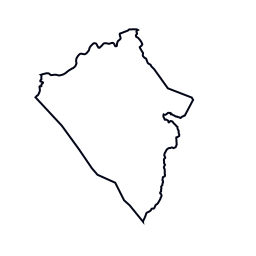 Oropoli, El Paraíso, Honduras (Mercator projection), rotated 245°
{"feature_id": "27666195B15040698792339", "entity_name": "Oropoli", "entity_type": "district", "adm_level": 2, "iso_a3": "HND", "parent_name": "Honduras", "parent_adm1": "El Paraíso", "projection": "mercator", "projection_center": [-86.83, 13.815], "detail": "fine", "context": "isolated", "style": "outline", "palette": "ink", "viewbox_px": 256, "rotation_deg": 245, "n_neighbors": 0, "source": "geoboundaries", "source_scale": "gbopen_adm2", "svg_char_len": 5775}
<svg xmlns="http://www.w3.org/2000/svg" viewBox="0 0 256 256"><g transform="rotate(245 128 128)"><path d="M129.2,74.6L106.5,78.3L98.5,80.6L83.8,93.3L64.1,93.9L57.3,96.8L36.8,102.0L37.1,102.1L38.2,103.5L39.4,105.0L41.3,107.0L42.9,108.5L43.2,108.9L43.3,109.2L43.3,109.4L43.3,110.8L43.3,111.4L43.4,112.3L43.5,113.2L43.7,113.7L44.5,114.8L44.7,115.2L44.8,115.5L44.7,116.0L44.4,116.5L44.2,116.8L44.2,117.3L44.2,117.6L44.4,118.1L44.9,118.7L45.7,119.5L46.2,120.1L46.5,120.7L46.7,121.3L46.8,121.8L46.8,122.4L47.2,123.3L47.7,124.1L50.0,127.3L50.4,127.7L50.7,127.8L50.8,127.9L51.7,129.1L52.1,129.5L52.4,129.7L52.7,129.9L53.3,130.0L53.9,130.0L54.3,130.0L54.8,129.7L55.2,129.6L55.5,129.6L56.0,130.0L56.4,130.8L56.6,131.2L56.9,131.4L57.0,131.5L58.1,131.8L58.9,132.6L59.1,132.8L60.0,132.9L60.3,133.0L60.6,133.2L60.9,133.4L61.1,133.7L61.7,134.9L62.1,135.2L62.5,135.4L62.9,135.7L63.2,135.9L63.4,136.0L63.5,136.3L63.9,136.7L64.6,137.1L65.1,137.2L65.6,137.3L65.9,137.1L66.2,137.2L67.0,137.7L68.0,138.4L68.4,138.6L68.6,138.8L68.7,139.0L68.7,140.0L68.7,140.8L68.9,141.1L69.2,141.4L69.6,141.5L70.1,141.8L71.2,142.0L71.8,142.4L72.8,142.8L74.8,143.7L75.3,143.8L76.4,143.7L77.0,143.8L77.3,144.0L78.1,144.8L79.0,146.0L80.0,145.9L81.2,145.9L81.4,146.0L81.9,146.3L82.6,146.6L83.6,146.9L84.2,147.2L84.6,147.6L84.8,147.9L85.0,148.4L85.1,149.0L85.4,149.2L85.8,149.3L87.3,149.3L87.8,149.3L88.4,149.6L89.3,150.3L89.8,150.8L90.6,152.1L91.1,152.6L91.8,153.6L92.2,154.4L92.3,154.8L92.4,155.2L92.5,156.8L92.4,156.9L92.2,157.3L92.0,158.0L91.9,159.4L91.7,159.7L90.8,160.5L90.5,160.8L90.5,161.3L90.5,163.1L91.0,163.6L91.6,164.3L92.5,165.2L92.8,165.2L93.3,165.5L98.5,167.5L99.0,167.7L99.1,167.8L99.1,168.0L98.9,168.9L98.9,169.2L99.0,169.7L99.1,170.9L99.2,171.1L99.4,171.2L100.3,171.6L101.5,171.8L102.3,171.9L103.3,172.3L103.9,172.7L104.4,172.7L105.6,172.6L106.0,172.6L106.6,172.7L107.3,172.9L107.8,173.1L108.1,173.3L109.5,172.6L110.2,172.5L111.1,172.2L113.0,171.4L114.8,171.1L115.4,170.7L115.8,170.4L116.0,170.1L116.2,169.8L116.3,169.5L116.2,168.9L116.0,168.2L115.8,167.7L115.9,167.3L116.0,167.2L116.3,167.2L116.6,167.3L117.1,167.5L117.5,167.5L118.5,166.9L119.5,166.2L119.7,165.7L119.8,165.1L119.9,164.9L120.1,164.8L120.3,164.8L120.8,164.9L121.4,165.0L122.7,164.8L123.2,164.9L124.0,165.1L125.1,165.9L125.2,166.0L124.8,166.3L124.4,167.0L124.2,167.4L124.2,167.8L124.2,168.3L124.4,169.1L124.5,169.7L124.8,170.5L124.8,170.9L124.7,171.1L124.0,172.0L123.9,172.2L123.8,172.7L123.7,172.9L122.8,172.6L122.5,172.6L122.3,172.6L122.2,172.9L122.2,173.2L122.1,173.5L121.9,173.6L120.9,174.1L119.6,175.3L119.1,175.6L118.7,175.8L118.1,176.3L117.9,176.8L117.6,177.0L117.6,177.3L117.1,177.7L116.6,178.1L116.3,178.6L115.9,179.0L115.1,179.6L114.9,179.8L114.9,180.0L115.0,180.5L115.3,181.1L115.4,181.6L115.4,181.9L115.3,182.4L115.4,183.0L115.3,183.4L115.3,183.7L115.3,184.1L115.5,184.4L115.3,184.8L126.0,198.9L128.7,198.6L147.1,180.9L170.6,176.5L171.0,176.3L172.6,175.7L174.2,175.2L174.4,175.2L175.0,175.2L175.7,175.2L175.9,175.1L176.5,174.6L177.6,173.9L178.0,173.6L178.4,173.5L178.8,173.4L179.3,173.4L181.1,173.6L182.4,173.6L182.9,173.7L183.2,173.7L183.8,173.4L184.2,172.9L184.7,172.7L185.9,172.2L186.4,172.1L186.9,172.0L187.4,172.1L187.8,172.2L188.3,172.5L189.2,173.1L189.6,173.3L190.2,173.3L191.3,173.0L192.2,173.0L195.2,172.7L195.8,172.7L196.2,172.8L196.4,172.9L196.4,173.1L196.8,174.6L197.1,175.3L197.6,176.2L197.8,176.3L198.0,176.4L200.4,176.4L201.7,176.2L202.5,176.1L203.9,175.7L205.5,175.2L206.2,174.8L206.7,174.3L207.0,174.1L207.4,174.0L208.0,174.1L208.4,174.2L208.9,174.6L209.2,175.2L209.3,175.7L209.6,176.0L210.1,176.2L210.8,176.2L211.1,176.2L212.0,176.5L212.3,177.0L212.5,177.2L212.5,177.5L212.6,178.4L212.9,178.2L213.5,177.8L213.7,177.6L214.0,177.1L214.8,175.4L215.3,174.5L216.0,172.5L216.6,171.3L216.8,170.8L216.8,170.4L216.6,169.9L216.4,169.5L216.4,169.0L216.4,168.6L216.4,167.7L216.6,165.8L216.8,162.1L217.0,161.1L217.0,160.6L216.9,160.4L216.6,160.2L215.6,159.8L212.6,159.3L212.3,159.2L212.0,158.8L211.7,158.2L210.9,155.4L209.1,153.7L207.2,152.6L207.1,152.3L207.1,151.9L207.1,151.7L207.3,151.4L207.5,151.1L208.0,150.9L209.5,151.0L210.1,151.0L211.0,150.6L211.4,150.4L211.5,150.2L211.8,149.7L212.0,148.7L212.2,147.5L212.2,146.8L212.3,146.5L212.5,146.1L213.9,144.2L214.3,143.6L214.6,142.8L214.8,142.1L214.8,141.9L214.8,141.6L214.4,140.5L213.9,139.5L213.3,138.0L213.2,137.4L213.2,137.0L212.9,136.6L212.8,136.3L212.8,136.0L213.0,135.7L213.1,135.4L213.4,135.2L213.8,135.1L214.9,135.0L217.4,134.9L218.0,134.7L218.3,134.5L218.9,133.6L219.2,133.1L219.2,132.6L219.1,131.8L218.7,130.7L218.0,128.9L217.5,127.9L217.1,127.3L215.4,125.8L214.8,125.2L214.5,124.6L214.1,123.8L213.4,122.2L213.2,121.5L213.1,121.1L213.1,120.6L213.1,120.3L213.2,119.9L213.7,119.0L215.2,116.9L215.3,116.5L215.4,115.8L215.2,115.0L215.0,114.3L214.6,113.4L213.2,111.1L212.8,110.7L211.9,110.0L210.5,109.2L209.3,108.9L208.1,108.5L207.6,107.8L206.7,106.9L206.3,106.3L206.1,105.7L205.8,104.9L205.5,103.6L205.5,103.0L205.5,102.1L205.1,98.4L204.6,96.3L204.1,94.4L204.0,93.2L203.9,92.0L204.0,91.3L204.3,89.6L204.5,88.5L204.7,87.8L205.0,87.3L206.3,85.8L206.6,85.3L206.9,84.9L207.3,84.0L208.1,81.5L208.5,80.7L208.6,80.4L208.9,80.2L210.1,79.7L210.6,79.5L210.9,79.2L211.2,78.9L211.4,78.5L212.0,77.4L212.2,76.7L212.4,75.4L212.8,73.5L213.0,71.5L212.5,71.8L212.2,71.8L209.9,70.5L209.4,70.4L209.0,70.3L208.9,70.1L208.6,69.9L208.4,69.2L208.2,68.8L207.9,68.5L207.5,68.4L207.3,68.3L207.2,68.4L205.6,70.0L205.2,70.2L204.9,70.1L204.8,69.9L204.6,69.6L204.3,68.4L204.0,67.9L203.6,67.7L202.8,67.3L202.5,67.1L202.6,66.7L203.1,65.8L203.1,65.6L203.0,65.4L202.9,65.3L202.6,65.1L201.3,64.8L199.3,64.0L198.8,63.7L198.0,62.9L197.1,62.0L195.9,60.4L195.8,60.0L195.7,59.3L195.7,58.9L195.4,58.3L195.1,57.6L194.9,57.1L158.0,69.0L129.2,74.6Z" fill="none" stroke="#020617" stroke-width="2"/></g></svg>